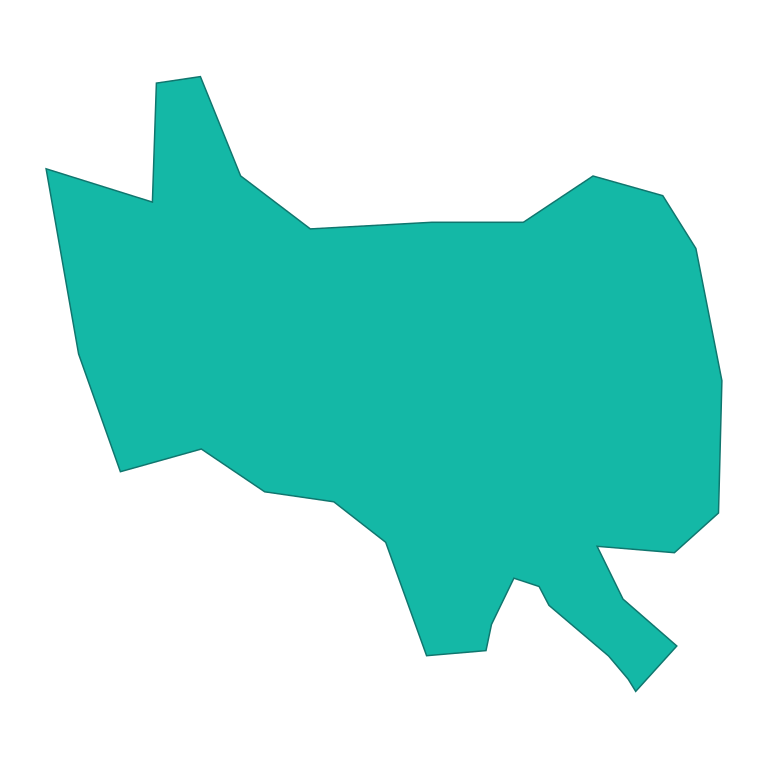 SVG path tracing the border of Varkavas
{"feature_id": "LVA-5751", "entity_name": "Varkavas", "entity_type": "Municipality", "adm_level": 1, "iso_a3": "LVA", "parent_name": "Latvia", "parent_adm1": "", "projection": "albers", "projection_center": [26.518, 56.217], "detail": "fine", "context": "isolated", "style": "filled", "palette": "teal", "viewbox_px": 768, "rotation_deg": 0, "n_neighbors": 0, "source": "natural_earth", "source_scale": "10m", "svg_char_len": 524}
<svg xmlns="http://www.w3.org/2000/svg" viewBox="0 0 768 768"><path d="M426.6,655.7L385.7,542.3L333.8,501.8L264.7,491.8L201.3,449.0L120.4,471.7L78.6,354.0L46.1,168.8L152.4,202.1L156.4,83.1L200.4,76.6L240.6,175.9L310.3,228.9L431.5,222.3L523.3,222.3L593.0,176.0L662.8,195.7L695.9,248.5L721.9,380.7L718.5,513.0L674.4,552.7L597.1,546.3L623.0,599.1L676.8,646.0L635.7,691.4L628.2,679.2L608.6,656.0L549.0,605.4L539.1,586.5L513.9,578.2L491.5,624.4L486.0,650.6L426.6,655.7Z" fill="#14b8a6" stroke="#0f766e" stroke-width="1.5"/></svg>